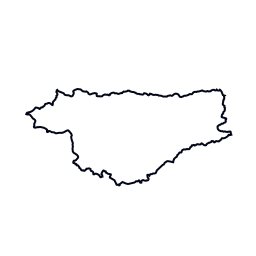 Soem Ngam, Lampang, Thailand, rotated 103°
{"feature_id": "78962969B38792830177275", "entity_name": "Soem Ngam", "entity_type": "district", "adm_level": 2, "iso_a3": "THA", "parent_name": "Thailand", "parent_adm1": "Lampang", "projection": "robinson", "projection_center": [99.143, 18.079], "detail": "fine", "context": "isolated", "style": "outline", "palette": "ink", "viewbox_px": 256, "rotation_deg": 103, "n_neighbors": 0, "source": "geoboundaries", "source_scale": "gbopen_adm2", "svg_char_len": 5809}
<svg xmlns="http://www.w3.org/2000/svg" viewBox="0 0 256 256"><g transform="rotate(103 128 128)"><path d="M111.3,25.8L110.0,26.7L108.7,27.1L108.5,27.3L108.6,28.2L109.0,28.9L109.0,29.5L109.4,30.0L109.6,31.0L109.7,31.7L109.5,32.7L110.1,34.1L109.8,35.4L110.1,36.1L110.2,37.0L109.9,38.3L109.7,39.0L109.0,39.9L108.5,40.4L106.5,41.1L106.1,41.0L104.4,39.6L104.0,38.7L102.7,37.7L102.4,36.5L101.5,35.8L100.6,34.5L100.1,34.2L99.4,34.2L98.1,34.8L97.5,34.4L97.0,34.3L96.7,34.5L96.5,35.1L96.4,38.5L96.3,39.0L96.0,39.3L94.2,39.4L93.2,39.1L92.5,38.5L91.3,38.7L90.6,38.4L89.9,37.8L88.4,37.7L87.9,38.0L86.7,38.0L86.2,38.7L85.9,38.9L84.9,38.8L84.0,40.7L83.3,41.1L81.1,41.1L80.0,41.4L79.4,41.1L78.4,41.2L78.2,40.9L77.1,40.9L76.4,41.2L75.9,41.5L75.5,41.6L75.1,41.5L74.7,41.2L74.5,43.0L71.7,44.9L70.7,46.0L70.1,47.1L70.9,47.5L71.1,47.8L71.2,49.1L70.6,50.2L71.5,50.6L71.7,51.1L71.8,51.6L71.4,52.7L71.9,54.2L72.8,55.4L73.5,55.7L73.9,56.3L73.9,57.0L74.3,57.8L74.1,58.9L74.9,60.0L75.0,60.4L75.1,63.0L74.7,64.1L76.2,66.7L76.7,67.8L76.8,68.6L77.4,69.2L77.6,70.5L78.1,71.8L78.9,72.5L79.4,72.6L80.7,73.4L81.2,75.8L82.2,76.6L82.6,77.4L83.3,78.3L84.0,80.6L84.6,81.1L85.9,83.1L85.9,84.5L84.0,86.5L83.8,87.5L83.7,88.7L83.9,89.5L84.6,90.6L86.6,92.1L86.8,92.6L86.7,94.2L87.7,96.3L88.1,96.8L88.7,97.2L88.9,98.7L89.3,99.9L89.4,100.9L89.1,103.3L89.5,105.3L89.2,105.9L89.1,106.8L89.4,107.7L89.4,108.9L89.9,109.9L90.0,110.6L90.0,111.8L89.7,112.4L89.6,113.4L89.6,114.3L89.8,114.5L90.8,114.6L91.0,115.1L91.5,115.4L91.4,115.9L90.5,117.6L90.4,119.5L90.5,120.1L91.7,120.6L92.2,121.3L92.3,123.1L92.5,123.8L92.2,124.5L92.6,126.3L92.4,127.9L91.9,128.6L92.0,129.7L91.7,130.3L92.0,133.0L91.8,133.6L91.8,134.6L91.4,135.0L91.6,136.5L92.1,136.8L92.8,138.0L93.5,139.7L93.5,140.4L94.5,141.3L95.3,141.5L95.5,141.9L95.4,142.5L96.9,144.8L97.0,145.4L96.7,147.2L97.2,148.4L96.8,149.6L96.8,150.1L97.4,151.5L98.7,153.0L99.0,153.1L99.6,153.0L100.4,153.7L100.4,154.3L100.0,155.1L100.4,156.0L100.6,158.2L101.7,159.6L103.0,160.5L103.5,162.5L103.5,163.4L103.9,164.5L103.8,165.6L103.2,165.8L102.5,166.2L101.6,166.2L101.4,167.0L101.5,168.4L102.6,170.7L103.2,171.4L103.9,172.7L103.6,174.0L102.5,174.9L101.7,176.7L102.2,177.8L102.4,180.0L102.0,181.1L101.2,182.5L101.1,183.1L101.4,186.1L102.9,188.3L104.1,189.5L104.8,189.6L106.0,188.7L106.9,188.7L108.9,189.1L109.8,189.9L109.9,190.2L110.0,191.1L109.6,192.2L109.5,193.2L109.9,195.4L109.9,196.7L109.7,197.3L108.6,198.6L107.9,203.5L107.5,204.7L106.8,205.5L107.3,205.9L107.9,205.7L109.0,205.9L110.3,204.7L111.0,204.4L111.7,204.3L112.8,205.0L113.9,204.5L114.9,205.1L116.6,205.2L117.0,205.6L119.6,207.0L121.9,206.6L122.6,206.7L122.5,207.4L121.5,209.2L121.4,210.4L121.6,211.3L122.5,212.4L123.2,214.0L123.7,214.2L124.7,214.3L125.5,214.7L126.3,215.6L127.0,215.8L127.5,217.2L129.3,218.3L129.4,218.6L128.8,219.1L128.7,221.8L128.9,222.6L131.7,224.1L132.9,225.1L134.1,226.4L135.8,229.7L136.5,230.1L137.4,230.2L137.5,229.1L137.0,227.5L137.0,226.9L137.6,225.9L138.6,224.6L140.2,222.7L140.6,221.3L141.0,220.6L141.8,219.9L142.4,219.8L145.3,220.3L145.9,220.1L146.5,219.8L147.9,220.0L148.5,219.6L148.6,219.1L148.5,218.2L148.0,217.6L147.8,216.7L147.3,216.0L147.3,215.0L146.8,214.2L146.7,213.4L146.7,210.5L146.9,209.0L147.8,206.6L148.2,206.4L149.7,206.2L150.1,205.8L150.0,205.2L148.8,204.7L148.6,204.2L148.8,202.9L149.2,201.1L148.9,199.0L149.4,197.0L148.1,193.8L147.7,191.8L147.3,190.7L146.7,189.7L144.5,187.3L143.9,186.2L143.8,185.5L146.2,182.2L147.6,181.2L148.0,181.1L149.5,181.4L152.4,180.1L155.0,178.4L157.0,178.2L158.5,177.5L160.3,177.5L163.2,176.5L164.1,175.7L164.5,175.0L165.0,173.3L165.7,171.7L166.7,170.4L167.3,170.1L167.9,170.0L168.7,170.2L171.0,171.5L171.5,171.9L172.1,173.4L173.2,173.7L173.8,173.6L174.4,173.2L174.2,172.3L174.6,171.4L175.2,171.0L175.2,170.8L174.8,170.4L174.8,170.2L175.9,169.4L175.7,168.5L175.8,168.2L177.0,166.8L177.7,166.6L178.1,165.4L179.3,164.3L179.6,163.8L179.7,162.9L179.4,162.6L179.3,161.9L179.6,161.4L179.6,161.0L179.0,160.3L178.5,160.1L177.9,159.5L177.0,159.3L176.9,158.7L176.1,156.8L176.1,156.4L176.5,155.3L177.3,155.1L178.1,154.4L178.3,152.9L178.9,152.0L180.8,151.3L180.8,150.6L180.0,149.8L179.8,149.3L179.7,148.5L179.9,147.1L180.5,145.5L182.1,143.8L182.0,143.2L181.2,142.5L181.1,142.0L179.7,142.5L178.9,143.5L177.6,143.4L175.3,142.7L175.0,142.4L174.9,142.0L175.2,141.2L175.5,140.8L175.3,140.0L175.4,139.8L176.0,139.6L176.6,139.1L176.6,138.5L177.0,137.6L177.1,136.7L177.0,134.7L177.1,134.3L177.9,134.2L179.7,134.7L180.4,134.5L180.6,134.0L181.2,131.8L182.0,129.4L184.2,127.6L185.8,126.4L185.9,125.8L185.2,124.5L185.9,123.7L185.4,123.2L184.8,123.3L184.3,123.2L181.9,121.2L182.5,118.1L182.6,115.4L179.7,109.5L178.9,108.7L178.0,108.1L177.8,106.4L176.7,105.8L176.6,105.2L178.4,103.9L178.5,103.7L178.4,103.1L178.2,102.7L177.0,102.9L176.3,102.8L175.6,102.1L175.3,101.4L175.5,100.4L175.4,98.7L174.9,98.2L174.8,97.5L174.4,96.8L173.6,96.4L172.9,96.5L172.2,97.0L171.6,97.8L169.5,98.6L169.2,98.3L169.0,97.3L169.6,96.4L168.3,96.0L167.9,95.6L167.6,94.4L166.8,93.5L166.2,91.6L165.8,91.0L164.8,90.6L162.9,90.4L156.2,85.9L155.6,85.0L153.5,84.3L151.7,82.6L151.4,82.0L151.2,80.2L151.2,76.3L149.2,76.4L148.4,76.1L147.7,76.1L145.8,74.9L145.2,74.1L143.1,73.8L142.6,73.2L140.3,72.3L140.0,70.9L139.7,70.5L137.6,70.3L136.3,68.9L136.0,67.0L135.1,65.8L135.2,64.8L134.8,63.6L134.3,63.3L132.6,62.9L132.1,62.2L131.7,61.9L131.0,62.0L130.6,61.9L130.4,61.2L129.8,60.5L129.7,59.7L130.1,59.3L129.5,58.1L128.9,57.8L128.1,56.7L128.2,55.9L127.8,54.0L127.5,53.5L126.6,53.1L126.4,52.8L126.6,52.1L127.5,50.2L127.5,48.7L127.2,48.1L126.0,47.7L124.3,46.1L124.0,45.2L123.5,44.7L122.8,43.6L122.2,43.7L121.8,43.4L121.7,41.8L122.5,41.1L122.6,40.7L122.3,40.2L120.9,39.2L120.7,36.5L119.6,35.9L119.4,35.4L119.1,35.1L116.8,34.1L116.5,32.5L115.6,30.9L113.6,29.0L112.0,28.4L111.9,28.0L112.1,27.3L111.3,25.8Z" fill="none" stroke="#020617" stroke-width="2"/></g></svg>